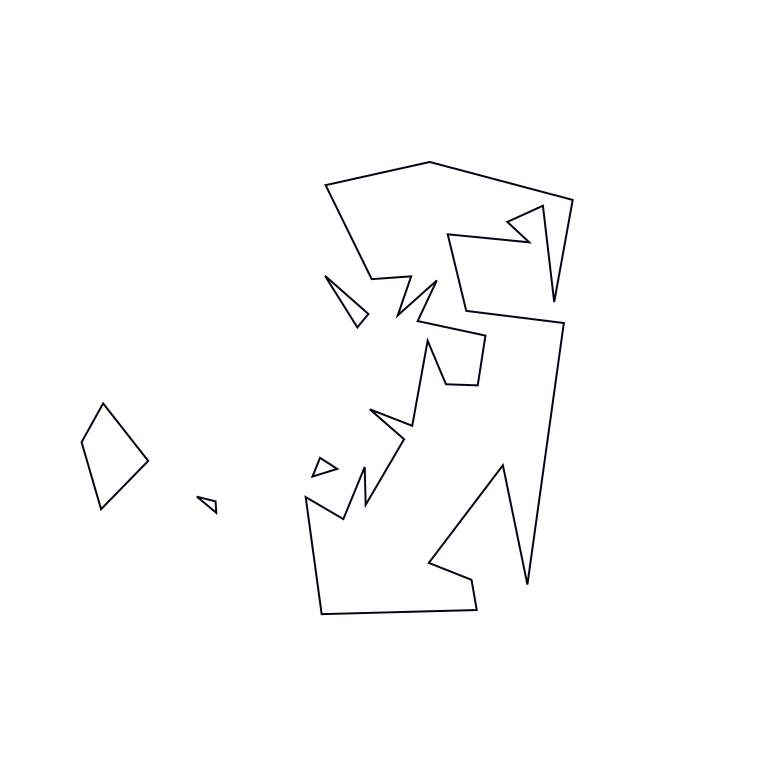 map outline of Auckland (orthographic projection), rotated 212°
{"feature_id": "NZL-3398", "entity_name": "Auckland", "entity_type": "Unitary Authority", "adm_level": 1, "iso_a3": "NZL", "parent_name": "New Zealand", "parent_adm1": "", "projection": "orthographic", "projection_center": [174.852, -36.678], "detail": "coarse", "context": "isolated", "style": "outline", "palette": "ink", "viewbox_px": 768, "rotation_deg": 212, "n_neighbors": 0, "source": "natural_earth", "source_scale": "10m", "svg_char_len": 770}
<svg xmlns="http://www.w3.org/2000/svg" viewBox="0 0 768 768"><g transform="rotate(212 384 384)"><path d="M321.5,640.1L283.1,543.7L343.7,619.4L365.3,586.8L335.9,581.1L409.3,544.7L353.0,489.6L263.8,531.0L156.1,289.9L240.1,378.1L251.2,256.0L206.0,264.3L185.6,241.5L314.9,155.8L390.5,246.6L346.9,247.9L356.4,303.4L335.5,271.8L337.7,347.8L382.6,355.0L337.9,363.5L369.9,443.8L331.3,416.6L303.8,432.5L323.6,478.8L388.8,455.2L394.1,499.8L408.7,449.5L418.0,489.7L450.0,466.4L538.9,521.7L462.9,596.5L321.5,640.1ZM611.9,218.7L543.2,193.8L557.6,127.9L609.6,174.4L611.9,218.7ZM436.6,417.9L491.4,444.5L434.3,435.1L436.6,417.9ZM378.7,287.2L395.6,267.6L399.1,287.5L378.7,287.2ZM458.0,185.9L483.0,189.3L464.6,195.2L458.0,185.9Z" fill="none" stroke="#020617" stroke-width="2"/></g></svg>